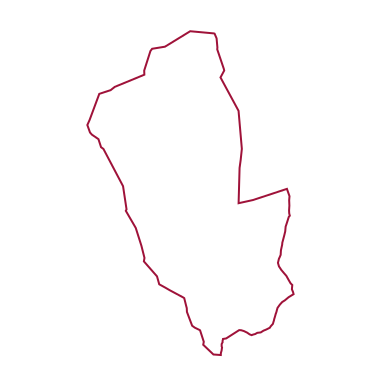 the district of Biase, Cross River, Nigeria, rotated 185°
{"feature_id": "59680162B11436342937739", "entity_name": "Biase", "entity_type": "district", "adm_level": 2, "iso_a3": "NGA", "parent_name": "Nigeria", "parent_adm1": "Cross River", "projection": "mercator", "projection_center": [8.001, 5.543], "detail": "fine", "context": "isolated", "style": "outline", "palette": "rose", "viewbox_px": 384, "rotation_deg": 185, "n_neighbors": 0, "source": "geoboundaries", "source_scale": "gbopen_adm2", "svg_char_len": 1682}
<svg xmlns="http://www.w3.org/2000/svg" viewBox="0 0 384 384"><g transform="rotate(185 192 192)"><path d="M99.3,70.6L99.2,71.1L99.0,72.7L98.6,74.5L98.2,76.6L98.0,77.9L97.9,78.0L97.4,80.1L97.3,80.6L97.3,80.9L96.7,84.0L94.7,87.4L92.6,90.2L90.0,92.2L86.6,95.6L81.9,99.1L82.6,101.1L84.0,103.8L84.0,108.1L85.8,109.6L88.0,112.7L90.7,116.7L93.4,119.3L93.5,119.4L96.2,122.1L98.9,125.5L100.2,128.9L99.6,133.0L99.0,134.6L98.2,137.1L98.3,140.5L98.3,141.9L97.6,147.3L97.6,149.4L97.0,152.8L96.3,156.9L95.7,160.9L95.7,162.0L95.7,165.7L95.2,167.7L94.4,171.2L93.4,175.7L92.5,176.9L93.3,179.2L93.7,182.1L93.8,186.8L94.5,192.3L94.5,196.3L97.4,202.7L97.7,203.4L130.6,189.3L144.6,184.9L146.7,220.1L146.3,228.2L146.1,239.3L152.7,276.9L173.6,308.6L170.5,315.8L171.1,317.6L179.3,336.3L179.3,338.2L180.9,347.2L183.3,351.7L184.0,351.9L207.8,352.0L231.6,334.4L244.2,331.2L245.7,328.8L250.2,308.8L249.7,304.7L278.1,290.0L281.9,286.4L292.9,281.7L300.3,254.8L302.1,249.6L298.8,242.4L296.7,240.4L289.8,236.5L286.5,228.7L284.0,227.2L261.2,191.8L255.7,169.0L256.3,167.5L244.9,151.3L237.7,134.0L233.6,122.2L233.9,118.7L219.5,104.9L216.6,97.2L210.5,94.5L205.6,92.2L191.6,86.2L190.5,85.6L187.7,77.5L187.1,75.9L186.6,72.1L180.2,58.8L177.4,57.1L172.7,55.3L171.9,54.9L167.2,43.8L167.5,40.8L156.5,32.0L149.1,32.1L149.2,34.2L148.9,35.6L148.7,36.6L148.6,38.6L148.5,39.7L149.0,40.8L149.2,43.1L148.4,45.1L148.6,46.2L148.4,47.1L148.3,48.3L145.2,49.1L133.0,58.5L131.1,58.6L128.2,58.0L125.6,57.0L124.8,56.7L122.2,55.2L120.1,54.6L118.7,55.3L116.7,56.0L114.7,57.4L111.3,58.1L108.7,60.1L106.7,61.1L106.0,61.5L105.0,62.1L102.6,63.6L102.0,64.9L99.9,67.7L99.5,69.8L99.3,70.6Z" fill="none" stroke="#9f1239" stroke-width="2"/></g></svg>